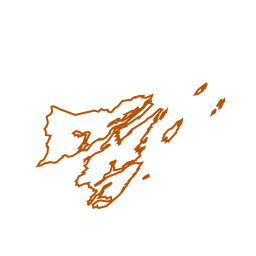 outline of Bodø nor, Nordland, Norway, rotated 150°
{"feature_id": "86288312B60983517204025", "entity_name": "Bodø nor", "entity_type": "district", "adm_level": 2, "iso_a3": "NOR", "parent_name": "Norway", "parent_adm1": "Nordland", "projection": "robinson", "projection_center": [14.703, 67.257], "detail": "fine", "context": "isolated", "style": "outline", "palette": "amber", "viewbox_px": 256, "rotation_deg": 150, "n_neighbors": 0, "source": "geoboundaries", "source_scale": "gbopen_adm2", "svg_char_len": 5928}
<svg xmlns="http://www.w3.org/2000/svg" viewBox="0 0 256 256"><g transform="rotate(150 128 128)"><path d="M181.4,183.8L183.6,184.8L185.7,179.9L188.1,178.6L192.8,178.4L194.8,172.5L198.2,169.8L200.7,169.1L201.0,165.9L202.6,163.0L198.9,160.0L205.4,155.3L206.6,155.1L206.6,154.0L207.7,152.7L206.7,151.5L210.1,146.8L216.6,142.7L220.4,142.8L225.3,140.2L221.8,139.0L216.9,139.0L215.9,138.0L213.1,137.8L209.0,134.6L206.8,134.1L198.7,135.6L198.8,136.2L196.1,136.0L195.0,135.0L194.2,132.9L190.1,131.5L179.8,131.8L178.9,132.3L181.6,133.0L178.0,134.9L179.7,135.4L170.9,138.7L170.7,139.2L172.1,139.3L167.7,143.0L168.7,144.0L175.2,145.1L175.4,145.8L174.4,146.9L177.7,148.0L177.4,149.2L178.3,150.9L174.4,151.2L171.4,147.9L171.1,146.6L171.5,145.6L166.9,145.5L163.9,144.1L163.5,142.7L171.9,136.5L173.3,136.8L174.6,136.0L171.8,136.4L172.0,135.7L170.7,133.5L173.8,133.4L179.1,131.0L176.1,130.9L176.0,129.8L174.6,129.3L166.4,132.6L163.5,132.9L158.1,132.9L158.5,131.9L156.0,131.5L155.9,130.8L152.2,130.9L146.2,132.7L146.5,133.2L144.4,134.5L140.7,135.7L139.8,134.9L137.1,135.8L138.0,135.2L128.3,133.8L115.3,136.4L117.4,137.6L120.6,137.1L120.2,137.9L123.9,137.0L129.3,137.0L132.8,139.1L135.7,138.0L136.8,139.5L145.6,139.3L140.3,140.2L142.4,140.3L141.2,140.9L132.2,140.9L130.9,140.4L131.3,139.9L130.7,138.1L129.7,138.0L123.2,139.7L122.7,140.4L123.5,141.2L115.9,140.7L114.8,139.8L108.5,140.9L111.9,138.4L109.6,138.3L110.1,137.8L109.5,137.4L108.2,137.8L108.7,138.3L107.6,138.0L103.0,139.3L100.4,141.5L93.6,141.9L90.7,144.3L97.1,145.1L100.3,147.3L98.7,148.1L103.2,150.4L106.1,150.4L106.1,151.1L109.0,151.5L111.8,150.7L113.1,151.9L119.6,154.2L125.7,151.9L129.8,151.7L134.6,149.9L137.0,152.1L136.4,153.6L140.1,155.5L141.7,157.9L145.3,156.8L148.6,160.0L167.1,165.7L177.5,178.1L181.4,183.8ZM200.7,81.4L197.9,81.6L190.0,85.3L184.7,85.3L177.7,89.4L169.2,88.8L171.8,87.8L179.6,87.5L181.4,85.1L188.4,82.2L181.9,79.9L181.9,77.5L177.3,76.8L178.1,74.0L180.8,74.0L183.6,75.3L187.8,79.0L191.0,79.9L197.1,79.1L197.9,76.3L194.3,75.4L193.6,75.8L194.0,74.0L192.6,73.1L185.9,71.2L169.0,74.3L165.0,75.8L163.2,76.6L164.3,76.7L161.9,78.4L158.8,78.5L156.7,79.6L157.6,80.3L154.5,80.6L151.9,82.1L152.5,82.3L146.2,83.9L147.0,83.9L146.0,84.2L146.8,84.5L146.2,85.1L144.3,85.1L140.6,86.4L140.2,87.3L137.8,87.5L139.6,87.9L133.3,90.9L136.6,91.9L137.4,93.0L141.5,94.7L140.9,95.1L141.4,95.2L149.5,94.9L154.8,93.6L171.0,95.9L179.6,94.2L185.1,94.2L185.3,95.0L175.3,95.7L171.5,99.0L166.0,98.5L161.0,102.7L160.3,104.2L161.2,105.9L160.5,106.6L158.5,106.4L158.9,105.6L158.3,105.5L157.4,105.8L154.5,106.2L159.6,102.7L159.7,100.3L161.4,98.6L160.1,97.8L153.1,95.9L151.5,96.2L151.6,97.4L146.3,97.6L147.5,97.9L146.8,98.1L142.9,97.8L146.3,97.2L145.5,96.8L140.9,97.4L137.4,96.1L135.9,97.1L131.5,97.5L131.1,97.7L131.5,99.7L129.7,100.6L130.9,100.7L130.8,101.7L127.9,102.5L124.5,102.1L123.3,103.2L128.1,104.0L132.0,103.6L130.9,104.7L132.9,104.7L129.0,105.9L131.0,106.4L122.3,109.0L122.9,109.3L121.7,109.9L122.9,109.9L123.1,110.6L116.3,113.6L114.0,113.8L112.0,114.9L112.8,115.1L111.3,115.7L111.9,115.9L110.9,117.1L108.0,117.1L108.6,117.5L105.6,119.3L99.9,119.4L99.0,120.6L100.3,120.7L96.4,123.1L98.9,122.4L99.9,121.4L101.3,121.7L100.4,122.7L97.2,124.1L97.2,123.9L96.4,123.5L96.7,123.4L96.4,123.4L96.2,123.6L97.1,124.0L89.2,126.9L90.0,127.8L89.4,128.1L91.2,128.0L90.1,128.6L91.2,128.6L102.3,126.1L105.7,126.3L109.8,125.3L125.6,124.7L131.6,122.8L127.1,123.2L128.1,122.5L136.0,121.8L140.8,120.4L143.3,118.2L144.3,118.3L143.2,120.3L143.6,120.1L144.0,120.2L140.7,121.8L142.3,122.1L141.4,123.1L143.9,123.6L140.9,124.8L141.4,125.1L140.3,125.8L142.5,127.0L139.2,127.9L139.6,128.2L138.2,129.0L142.0,130.0L140.9,130.2L141.1,130.9L143.6,130.6L151.1,127.0L159.9,125.3L161.5,123.6L160.0,122.9L155.9,122.7L156.3,123.1L155.3,123.6L151.4,122.7L154.3,122.0L160.5,121.9L160.4,121.3L162.4,121.1L168.9,122.3L174.7,121.6L176.4,122.5L181.7,122.1L182.2,121.1L180.9,121.8L177.3,121.5L176.5,120.8L182.1,117.3L184.7,117.1L183.2,113.3L189.4,112.3L188.0,111.2L188.3,110.3L195.1,110.7L197.0,109.0L200.1,107.9L199.2,106.3L201.2,104.8L199.5,103.6L199.8,102.2L193.8,101.5L189.5,100.0L190.7,99.5L190.4,97.7L191.3,96.3L189.5,95.1L189.9,94.5L188.1,91.9L189.3,91.0L186.3,89.7L186.7,88.8L190.4,87.5L195.0,86.6L196.2,84.5L198.9,84.5L198.5,84.1L200.7,82.5L200.7,81.4ZM99.4,96.3L88.5,100.0L86.8,101.7L83.9,102.7L84.6,102.8L83.5,103.6L83.6,104.9L82.6,104.8L82.8,104.0L82.1,104.3L80.6,105.1L81.8,105.8L78.6,106.4L77.2,108.2L80.7,107.6L81.4,107.7L80.7,108.2L81.5,108.2L80.8,108.7L82.1,108.5L89.3,105.9L93.8,106.2L100.2,104.2L100.1,103.5L102.6,101.7L102.7,100.6L104.3,99.8L102.4,99.4L99.5,100.5L99.3,100.0L101.9,98.2L101.0,97.7L101.3,97.3L100.3,97.4L101.0,97.0L99.3,97.0L99.4,96.3ZM126.0,131.2L111.6,132.3L115.2,131.1L113.4,131.1L94.8,136.2L96.2,138.4L95.2,139.3L97.1,139.4L95.9,140.0L97.4,140.4L105.1,137.5L128.9,133.4L126.0,131.2ZM49.7,122.5L43.8,123.1L43.1,124.4L41.8,124.4L42.1,124.0L41.3,124.1L39.6,125.4L43.2,125.0L42.7,125.6L43.7,125.4L43.8,125.5L42.8,125.8L43.9,125.5L44.4,125.2L44.3,125.5L43.7,125.7L44.3,126.0L39.0,126.1L38.5,127.4L48.4,126.0L53.1,123.5L49.7,122.5ZM134.1,131.4L128.3,130.4L128.5,132.1L130.2,133.1L140.1,133.4L142.7,131.3L138.6,130.5L138.2,130.5L139.6,130.7L134.1,131.4ZM94.6,120.1L94.9,119.6L92.2,120.2L88.3,122.8L87.1,122.5L86.0,123.8L87.6,123.2L86.7,123.8L90.1,123.6L95.4,120.3L94.6,120.1ZM115.4,136.9L112.9,137.0L111.8,139.3L114.0,139.7L116.1,138.9L115.0,138.1L116.2,137.6L115.4,136.9ZM40.4,102.2L35.9,103.1L34.3,104.4L35.2,104.4L33.5,104.9L34.0,104.9L32.7,106.1L40.4,102.2ZM39.0,99.4L37.3,99.5L35.4,100.9L36.4,100.9L34.3,101.9L35.4,102.0L31.2,103.2L30.7,104.4L37.0,101.5L37.7,100.4L36.3,100.6L38.5,100.1L38.4,100.4L39.0,99.4ZM134.9,75.7L133.1,76.1L138.8,76.2L132.9,77.3L138.1,77.3L140.9,76.2L134.9,75.7ZM121.0,107.1L119.1,107.7L116.1,110.5L122.8,107.2L120.4,107.4L121.0,107.1ZM48.5,97.9L45.3,98.0L43.3,99.5L44.1,99.2L45.1,99.1L42.5,100.4L46.5,99.6L48.5,97.9Z" fill="none" stroke="#b45309" stroke-width="2"/></g></svg>